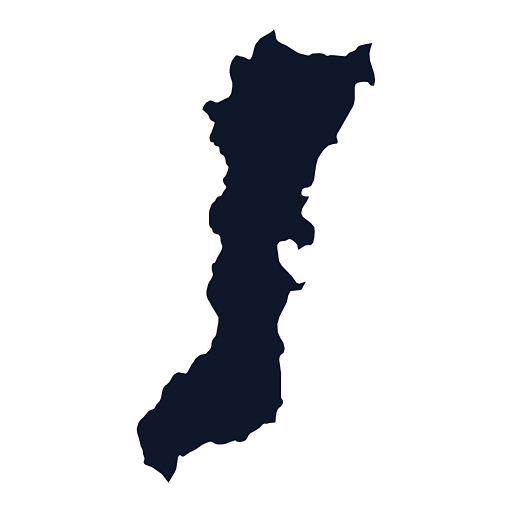 the border of Chumphon
{"feature_id": "THA-375", "entity_name": "Chumphon", "entity_type": "Province", "adm_level": 1, "iso_a3": "THA", "parent_name": "Thailand", "parent_adm1": "", "projection": "natural_earth1", "projection_center": [99.017, 10.32], "detail": "fine", "context": "isolated", "style": "filled", "palette": "ink", "viewbox_px": 512, "rotation_deg": 0, "n_neighbors": 0, "source": "natural_earth", "source_scale": "10m", "svg_char_len": 5052}
<svg xmlns="http://www.w3.org/2000/svg" viewBox="0 0 512 512"><path d="M250.6,60.2L252.9,56.4L255.3,47.0L256.5,44.2L260.8,39.0L271.6,32.6L273.7,30.7L274.6,33.5L275.5,39.2L276.2,40.3L277.2,41.6L281.0,44.0L285.3,45.8L296.6,52.9L299.3,54.1L301.7,54.9L303.7,55.2L307.2,56.1L309.1,56.2L310.4,55.9L311.8,54.7L312.6,54.3L319.3,53.9L322.4,54.3L324.1,55.0L325.8,56.2L327.0,56.6L328.1,56.6L329.1,56.3L330.1,55.9L332.0,55.8L344.4,57.0L346.4,56.8L347.1,56.1L348.3,54.6L349.7,53.4L351.5,52.6L352.5,52.3L354.3,51.6L355.8,50.6L356.5,49.9L357.1,49.1L357.6,48.3L358.2,47.6L358.9,46.9L359.7,46.5L360.7,46.1L363.5,45.5L364.6,45.1L371.2,44.0L369.9,47.7L368.7,53.3L369.2,60.5L373.4,73.6L374.4,80.2L373.4,84.9L371.1,84.8L369.1,82.6L368.7,81.3L363.6,81.0L359.8,81.5L357.3,82.1L355.0,83.7L354.0,86.6L354.0,99.4L352.8,105.2L336.7,133.3L335.7,136.1L336.3,139.4L337.1,141.6L336.5,142.9L332.9,143.3L328.2,144.8L323.8,148.6L320.0,153.6L317.1,158.7L315.4,165.0L313.3,180.0L310.6,185.3L307.7,186.7L304.3,187.2L301.6,188.7L300.5,192.9L301.1,195.2L302.8,196.6L305.2,197.2L308.0,197.2L306.0,201.3L303.5,204.8L301.4,208.4L300.5,213.2L302.2,217.3L310.5,223.7L313.5,227.3L314.0,231.3L313.6,237.1L312.5,242.2L310.6,244.4L306.8,244.4L304.8,244.8L298.8,248.7L297.9,244.7L295.9,241.9L293.1,239.8L289.6,237.8L285.5,240.0L282.0,240.4L279.0,241.1L276.6,244.4L276.5,247.9L278.4,261.5L281.2,266.2L291.3,276.7L296.2,283.6L299.3,284.5L304.3,282.9L300.8,289.2L290.0,290.4L287.6,294.9L286.0,302.3L278.8,316.2L276.6,323.9L277.1,332.6L279.7,338.3L282.6,342.9L283.9,348.4L283.1,352.1L279.3,355.3L278.4,359.3L280.3,373.1L280.3,397.8L280.7,398.7L281.5,399.6L282.2,401.0L282.1,403.3L281.1,405.1L277.7,408.1L276.6,409.9L275.7,413.0L275.1,416.0L274.8,421.7L274.7,421.8L270.4,422.1L266.4,423.0L264.2,422.9L263.3,423.1L262.2,423.9L258.9,427.3L253.4,430.9L250.4,432.2L248.3,434.4L247.4,435.8L246.3,437.9L245.3,439.5L244.1,440.2L242.5,440.8L239.2,441.3L237.6,441.0L236.6,440.5L236.0,439.9L235.6,439.7L234.8,439.6L225.5,443.0L222.7,443.6L218.3,443.7L217.1,443.5L216.1,443.3L215.2,442.9L212.7,441.4L211.8,441.1L210.8,440.9L209.4,441.0L205.7,442.3L200.9,444.7L196.2,448.2L192.1,450.5L190.3,451.1L187.9,452.8L187.1,453.2L184.0,455.4L183.2,455.8L182.4,455.8L181.7,455.4L181.1,454.8L180.3,454.4L179.3,454.4L178.2,455.4L177.2,457.3L175.6,468.2L174.1,472.0L168.4,481.3L162.4,473.5L153.6,467.3L150.7,465.8L146.0,464.2L144.9,463.3L144.4,462.3L144.6,461.2L144.9,460.3L145.2,459.1L145.2,457.7L143.9,454.1L143.7,452.7L143.7,451.5L143.4,450.2L143.0,449.0L141.5,446.0L141.1,444.7L140.9,443.6L139.8,438.7L138.1,433.3L137.6,430.4L137.6,428.4L139.1,423.4L139.6,422.5L140.1,421.6L141.3,420.2L144.1,417.7L145.3,416.2L145.9,415.4L149.0,411.8L149.8,411.3L150.6,410.9L151.6,410.5L152.6,410.3L153.4,409.9L154.3,409.4L155.0,408.7L156.9,405.3L157.5,404.6L160.6,401.0L161.2,399.5L161.9,397.2L162.8,392.3L163.4,389.9L164.0,388.3L165.2,386.7L165.9,386.0L166.6,385.5L167.4,385.0L169.5,383.0L170.6,381.5L173.0,377.2L174.1,375.6L174.8,375.0L177.2,373.5L178.1,373.2L178.9,373.0L179.8,373.2L180.5,373.6L181.4,373.8L183.4,373.9L185.6,374.5L186.7,373.9L188.1,372.6L192.3,364.8L194.5,361.9L195.5,360.1L196.0,359.3L196.7,358.6L199.5,356.3L199.8,356.1L201.2,355.4L205.5,354.7L206.4,354.3L209.7,350.9L211.4,348.4L212.1,346.1L212.4,342.9L212.8,341.2L213.5,339.8L216.2,336.4L216.9,334.8L219.1,322.3L219.2,319.2L219.2,317.0L211.6,304.4L210.8,302.6L209.2,300.1L207.9,297.4L207.5,296.1L207.2,294.5L207.2,291.3L208.7,284.9L209.5,283.2L210.2,281.8L210.8,281.1L212.2,278.6L213.5,276.1L213.7,274.5L213.5,273.2L212.6,270.0L212.5,266.7L212.8,265.0L213.5,263.9L214.5,263.7L215.4,263.1L216.1,262.1L218.0,257.7L220.8,253.1L222.5,249.5L223.0,247.4L223.1,245.8L222.8,244.8L222.3,243.9L221.4,241.3L221.3,238.9L221.1,237.3L220.6,236.2L220.1,235.4L219.6,234.5L218.9,233.9L215.8,233.1L214.9,232.7L214.0,232.1L213.4,231.3L213.1,229.8L212.7,228.6L212.1,227.8L210.7,226.7L210.3,225.7L210.0,224.7L209.8,223.5L209.8,213.5L210.0,211.3L210.4,209.6L210.9,208.5L212.2,204.8L212.6,204.2L213.0,203.8L214.9,202.1L215.6,201.4L217.1,198.6L217.7,198.0L218.4,197.4L221.2,196.5L221.9,195.9L222.5,195.1L224.4,191.6L226.9,188.3L227.0,187.1L226.9,186.0L226.3,185.2L224.9,183.6L224.3,182.5L223.7,180.6L223.7,179.3L224.2,178.4L224.9,177.8L226.0,176.4L227.1,174.4L228.8,169.9L229.3,167.6L229.1,166.0L227.6,164.5L226.8,163.4L225.9,158.3L225.4,156.9L224.3,155.3L223.7,154.7L221.9,153.7L221.2,153.1L220.7,152.3L220.4,151.2L220.1,147.6L219.7,146.7L219.0,146.0L217.1,145.4L216.1,145.2L215.3,144.7L214.8,143.9L214.5,142.9L214.2,141.9L213.6,141.3L211.9,141.5L211.1,141.1L210.4,139.1L210.3,137.7L210.5,136.4L210.8,135.3L211.3,134.3L212.2,132.6L215.3,123.8L215.3,122.3L214.9,121.4L212.2,120.1L211.4,119.5L210.8,118.8L210.2,117.9L209.1,115.1L208.0,113.4L203.3,109.4L204.5,106.0L206.8,103.1L210.3,101.2L212.8,101.9L215.2,103.2L218.0,103.3L227.6,98.5L228.9,98.2L230.9,95.6L232.1,93.1L233.1,86.8L233.0,82.2L230.9,75.8L230.3,72.0L230.5,68.8L231.1,65.3L232.2,62.1L233.7,59.4L236.2,56.3L237.3,56.0L238.6,56.8L242.1,57.4L245.1,58.4L248.0,60.1L250.6,60.2Z" fill="#0f172a" stroke="#020617" stroke-width="1.5"/></svg>